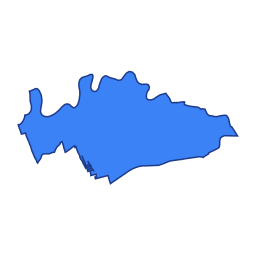 Letea Veche, Bacau, Romania (Robinson projection), rotated 273°
{"feature_id": "2599482B63347405976277", "entity_name": "Letea Veche", "entity_type": "district", "adm_level": 2, "iso_a3": "ROU", "parent_name": "Romania", "parent_adm1": "Bacau", "projection": "robinson", "projection_center": [26.956, 46.548], "detail": "fine", "context": "isolated", "style": "filled", "palette": "blue", "viewbox_px": 256, "rotation_deg": 273, "n_neighbors": 0, "source": "geoboundaries", "source_scale": "gbopen_adm2", "svg_char_len": 5483}
<svg xmlns="http://www.w3.org/2000/svg" viewBox="0 0 256 256"><g transform="rotate(273 128 128)"><path d="M135.5,24.3L133.6,24.2L132.2,23.9L130.1,23.1L129.1,22.6L127.8,21.6L127.0,21.1L126.3,20.4L125.8,19.5L125.6,18.9L125.6,18.2L125.3,18.2L124.8,18.4L124.3,18.6L123.0,19.2L122.3,19.4L121.7,19.6L121.1,20.0L120.7,20.2L119.9,20.5L118.5,21.0L117.0,21.6L116.3,21.9L116.3,22.1L116.4,22.4L116.8,23.5L117.6,25.9L116.9,25.9L116.7,26.1L116.4,26.4L115.9,26.5L114.9,26.8L113.9,27.2L113.4,27.6L111.6,28.3L110.5,29.0L109.0,29.7L105.7,31.1L104.4,31.8L102.8,32.3L101.2,32.9L99.7,33.4L98.5,34.1L96.3,35.1L92.7,36.9L92.8,37.1L89.6,38.8L89.4,38.7L88.3,39.6L89.8,40.4L93.1,42.5L93.6,42.6L95.3,43.0L96.5,43.5L97.5,44.4L97.7,45.2L97.8,46.6L98.1,47.7L97.9,49.0L98.1,50.6L98.7,52.2L99.3,53.2L99.7,54.3L99.8,54.7L99.9,55.5L99.9,55.8L100.1,55.9L100.8,56.1L102.2,56.6L103.4,57.1L104.5,57.6L105.2,58.0L106.1,58.8L107.2,59.9L108.1,60.7L108.8,61.2L109.7,61.0L109.8,61.1L110.1,61.7L110.9,62.7L111.0,62.9L107.7,64.1L105.7,64.7L104.0,65.3L102.1,66.0L101.1,66.4L100.4,66.6L101.2,67.9L101.6,68.4L102.5,69.5L103.3,70.5L104.3,71.8L105.5,73.1L105.9,73.5L106.5,74.2L106.9,74.7L107.4,75.3L107.0,75.4L105.9,75.9L106.8,76.9L105.9,77.3L105.8,77.1L104.9,77.5L104.2,77.8L103.5,78.1L102.8,78.6L102.7,78.5L101.9,78.9L100.8,79.4L100.7,79.5L100.3,79.7L99.4,80.2L99.2,80.3L98.8,80.6L98.7,80.7L98.1,81.0L97.8,81.2L97.6,81.3L96.9,81.3L96.6,81.4L96.3,81.5L95.6,81.8L95.0,82.1L94.6,82.3L94.1,82.6L93.8,82.9L93.3,83.4L92.9,83.6L92.3,84.2L91.7,84.4L91.0,84.8L90.9,84.7L90.4,85.0L90.1,85.1L90.0,85.3L89.7,85.5L89.3,85.8L89.2,85.8L88.8,86.0L88.7,86.1L88.3,86.3L87.9,86.5L87.1,87.0L86.8,87.2L86.5,87.3L86.0,87.6L85.6,87.8L85.8,88.1L86.0,88.0L86.4,88.6L87.6,88.1L89.0,87.6L91.0,86.8L91.3,86.6L92.4,86.0L93.3,85.5L93.9,85.2L94.4,85.0L95.4,84.4L95.9,84.2L97.2,83.5L98.0,83.2L97.4,83.5L97.1,83.7L97.0,83.8L96.5,84.0L95.4,84.6L94.0,85.3L93.4,85.6L93.1,85.8L92.9,85.9L92.0,86.3L91.5,86.6L91.1,86.9L88.8,87.8L88.2,88.1L88.6,89.1L89.0,90.1L89.4,91.1L89.6,91.5L89.4,91.5L88.8,90.0L88.5,89.1L88.2,88.4L88.1,88.1L86.5,88.7L86.3,88.8L86.6,89.4L86.7,89.7L86.9,90.0L87.9,92.5L87.6,92.3L86.6,89.8L86.2,88.9L85.2,89.2L84.8,89.4L84.4,89.5L84.7,90.2L84.9,90.8L85.5,92.0L85.8,92.9L86.2,93.7L85.7,93.0L85.2,91.8L84.5,90.1L84.3,89.6L82.4,90.3L82.7,90.9L83.1,91.8L83.3,92.1L83.8,93.4L84.4,94.7L84.5,94.8L85.2,94.4L86.1,93.8L86.2,93.7L87.8,92.7L88.2,92.4L89.6,91.5L90.3,91.0L91.7,90.1L92.4,89.8L92.8,89.5L92.4,89.9L91.9,90.2L91.7,90.3L90.3,91.2L90.1,91.4L87.4,93.1L86.8,93.5L86.7,93.5L84.9,94.7L84.7,94.8L84.4,95.2L84.2,95.4L84.1,95.5L83.7,95.8L83.7,95.5L84.1,95.3L84.3,94.9L83.5,93.0L83.2,92.4L83.1,92.5L80.5,93.1L79.8,93.3L78.6,93.4L78.7,93.6L79.1,95.0L79.4,96.0L79.6,96.8L79.8,97.0L80.0,97.7L80.3,98.5L77.8,99.0L77.6,98.4L77.3,97.6L75.6,98.1L75.8,98.9L76.1,99.7L76.6,101.4L77.3,103.4L78.1,106.0L78.8,108.3L79.5,110.5L77.9,111.1L75.8,111.8L71.5,113.4L72.9,115.1L74.3,117.0L75.4,118.5L78.1,121.9L79.6,124.0L81.1,125.8L82.2,127.4L83.4,128.8L84.9,130.8L86.0,132.4L86.6,133.2L87.3,134.3L87.9,135.6L88.5,136.8L89.0,137.9L89.5,139.3L90.0,140.5L90.4,141.9L90.8,143.8L91.0,145.2L91.1,147.2L91.3,149.4L91.5,150.9L91.7,154.2L91.9,155.8L92.0,157.0L92.1,158.0L92.2,159.5L92.3,160.2L92.5,161.0L92.9,162.0L93.5,163.4L94.3,165.3L95.0,166.9L95.5,167.8L96.2,169.4L96.8,170.7L97.1,171.5L97.3,172.0L97.5,173.0L98.1,175.8L98.4,177.6L98.9,179.9L99.2,181.2L99.2,182.3L99.9,184.9L101.0,190.3L101.7,193.9L102.1,196.0L102.6,198.3L102.9,199.6L103.0,200.3L103.0,201.4L103.0,202.3L102.9,203.5L102.7,204.3L102.5,204.7L103.3,205.3L106.4,209.9L107.4,209.8L110.4,215.5L112.3,218.6L113.0,219.5L113.7,220.1L115.7,220.4L119.6,220.3L122.6,220.6L124.5,222.8L125.4,224.9L125.6,232.5L125.8,237.8L128.8,235.7L131.9,233.5L134.5,231.6L134.8,230.6L136.4,229.6L139.7,228.8L142.4,228.0L144.5,226.8L145.7,225.6L145.8,223.5L145.4,221.7L145.0,219.5L144.1,216.7L143.9,214.1L144.5,211.2L144.6,208.4L146.2,206.3L149.2,204.7L150.8,203.9L151.0,201.9L151.0,200.8L150.5,199.9L151.6,198.4L152.4,196.9L153.1,187.6L153.8,185.0L154.3,183.2L155.0,183.0L156.9,183.2L157.0,182.9L157.0,182.1L156.9,181.2L156.8,180.1L156.6,179.3L156.3,178.2L155.9,176.8L156.0,176.4L156.1,175.7L156.0,175.2L155.5,174.6L155.9,173.7L156.0,173.3L155.4,171.4L155.6,170.6L156.2,169.5L157.2,169.2L158.5,168.5L159.1,168.3L159.6,168.0L164.6,163.9L162.7,158.2L160.4,154.8L158.2,152.0L157.2,149.3L157.3,146.6L158.3,145.2L160.0,144.7L162.5,144.7L165.3,145.3L166.9,146.6L169.3,147.2L171.0,146.8L172.2,146.0L172.7,144.8L172.6,142.4L172.3,139.4L173.0,137.0L174.9,134.8L178.0,133.3L181.8,131.9L184.0,129.4L184.5,126.2L182.7,123.5L178.6,120.7L175.9,118.9L175.0,115.8L176.3,112.4L177.3,107.4L178.8,104.0L178.9,102.4L177.8,100.7L175.7,99.1L169.9,97.2L166.6,96.6L164.0,95.3L162.8,93.8L162.8,91.6L164.0,89.8L166.3,88.7L168.7,88.7L172.8,89.6L175.8,90.2L178.3,90.3L179.6,89.5L179.4,87.3L178.0,85.0L176.9,81.9L175.9,79.3L173.7,77.4L170.4,76.6L167.0,76.8L162.6,77.9L158.7,78.2L152.9,77.7L149.2,76.7L147.0,75.4L145.6,73.8L145.4,72.5L146.5,70.5L147.9,68.9L148.6,67.8L148.8,66.1L148.6,64.6L147.3,62.6L145.5,60.9L143.4,59.2L141.1,57.1L138.4,54.2L136.7,51.3L135.5,49.1L135.1,46.9L135.1,44.9L135.5,43.1L136.5,41.5L137.9,40.5L139.4,39.8L141.7,39.8L145.4,40.2L149.1,40.6L151.5,40.5L154.6,40.0L157.1,39.3L159.3,38.1L160.8,37.2L162.1,35.9L162.6,34.9L162.4,33.6L161.6,31.9L160.2,29.2L159.6,27.6L157.0,28.3L149.5,29.0L145.4,30.3L143.6,30.5L141.2,30.4L140.1,30.1L139.0,29.6L137.3,28.4L136.8,27.9L136.0,26.4L135.5,24.3Z" fill="#3b82f6" stroke="#1e3a8a" stroke-width="1.5"/></g></svg>